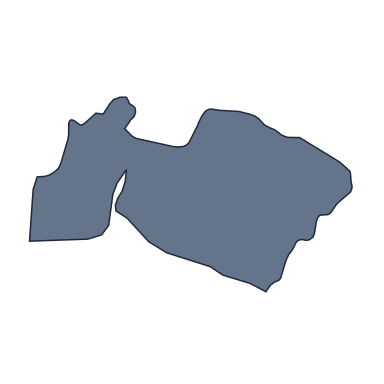 outline of Samut Prakan, rotated 9°
{"feature_id": "THA-422", "entity_name": "Samut Prakan", "entity_type": "Province", "adm_level": 1, "iso_a3": "THA", "parent_name": "Thailand", "parent_adm1": "", "projection": "robinson", "projection_center": [100.716, 13.596], "detail": "fine", "context": "isolated", "style": "filled", "palette": "slate", "viewbox_px": 384, "rotation_deg": 9, "n_neighbors": 0, "source": "natural_earth", "source_scale": "10m", "svg_char_len": 1610}
<svg xmlns="http://www.w3.org/2000/svg" viewBox="0 0 384 384"><g transform="rotate(9 192 192)"><path d="M280.6,278.9L263.2,273.1L235.6,269.3L221.7,262.9L176.6,256.0L157.1,247.9L131.7,227.8L119.9,222.7L118.4,217.2L119.6,210.1L122.9,201.9L124.4,191.7L123.7,180.1L116.6,195.0L114.2,206.8L114.9,238.0L109.5,248.4L96.6,254.8L39.2,266.0L34.7,214.3L36.7,201.3L44.2,199.6L48.5,197.6L53.2,193.5L56.5,189.3L58.0,183.9L61.2,159.5L61.2,154.9L59.5,143.3L60.1,140.9L61.1,139.7L62.8,139.6L64.9,140.2L70.7,143.2L73.1,142.9L75.1,141.1L80.2,134.9L84.8,129.2L92.0,129.0L97.4,117.0L100.2,112.9L106.2,109.6L112.3,108.7L115.0,112.0L116.4,114.5L119.4,115.8L122.4,117.6L123.8,121.8L123.1,126.3L121.6,128.6L120.1,130.2L119.4,132.3L115.6,140.0L123.9,146.1L126.5,147.2L128.7,147.8L166.4,150.1L170.3,149.8L175.9,148.6L178.6,147.0L180.5,144.9L181.6,142.7L187.2,125.1L187.7,122.4L189.9,115.3L192.5,110.2L195.2,108.0L198.1,107.0L206.7,107.0L225.7,105.1L236.9,106.1L242.1,107.1L246.7,109.3L251.9,113.5L253.7,114.7L258.4,116.3L263.5,117.5L265.8,118.5L271.9,121.9L277.8,123.1L289.8,121.4L333.1,139.3L344.7,146.7L345.7,149.2L347.4,156.5L349.3,161.8L349.2,164.9L348.5,167.3L338.1,179.5L336.7,181.5L332.5,190.3L331.1,192.1L329.1,193.3L324.1,194.3L321.7,195.2L320.1,197.8L319.4,202.1L319.5,210.8L319.2,214.8L318.6,217.6L317.2,219.1L315.6,220.6L313.6,221.6L311.3,221.9L308.9,221.7L306.6,222.1L304.7,223.1L303.1,224.7L302.2,227.0L300.6,232.3L299.6,234.6L297.3,238.7L296.3,242.0L295.3,246.4L293.1,262.8L292.9,263.6L292.3,264.5L291.5,265.7L287.9,267.8L284.0,271.8L280.6,278.8L280.6,278.9Z" fill="#64748b" stroke="#1e293b" stroke-width="1.5"/></g></svg>